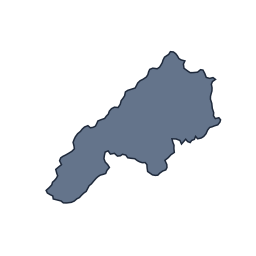 Diogo de Vasconcelos, Minas Gerais, Brazil, rotated 158°
{"feature_id": "56859067B48461497956719", "entity_name": "Diogo de Vasconcelos", "entity_type": "district", "adm_level": 2, "iso_a3": "BRA", "parent_name": "Brazil", "parent_adm1": "Minas Gerais", "projection": "mercator", "projection_center": [-43.177, -20.486], "detail": "fine", "context": "isolated", "style": "filled", "palette": "slate", "viewbox_px": 256, "rotation_deg": 158, "n_neighbors": 0, "source": "geoboundaries", "source_scale": "gbopen_adm2", "svg_char_len": 2233}
<svg xmlns="http://www.w3.org/2000/svg" viewBox="0 0 256 256"><g transform="rotate(158 128 128)"><path d="M165.7,94.2L163.5,96.5L160.0,98.4L160.6,101.7L161.9,105.0L161.8,108.6L160.1,111.5L158.2,114.2L155.0,114.2L154.1,110.4L150.1,109.6L148.3,105.9L145.4,105.1L143.0,105.7L140.2,103.8L139.4,100.5L136.4,98.7L133.2,97.0L131.6,94.3L130.0,92.4L127.8,90.5L125.0,89.5L124.2,87.0L125.3,83.6L126.1,80.3L124.4,77.7L122.9,75.4L120.4,73.8L118.0,73.1L115.6,74.2L112.0,75.1L108.7,75.0L106.7,76.7L105.7,79.6L105.9,84.2L101.8,85.4L98.3,87.1L94.2,88.0L93.1,91.9L91.8,94.8L91.8,97.9L91.3,101.5L87.5,99.8L84.5,97.0L84.4,93.1L81.6,94.5L78.7,96.0L77.8,93.1L75.8,91.2L73.7,92.6L70.7,92.6L68.5,94.9L67.5,91.9L63.8,91.3L61.0,91.8L57.9,93.4L54.9,96.3L52.1,97.9L49.6,97.6L46.9,97.6L43.6,97.3L40.6,99.0L39.1,100.9L39.9,103.5L43.5,104.0L44.2,107.3L42.8,110.1L42.5,114.6L41.1,119.5L40.8,123.8L39.6,126.6L38.1,128.6L36.3,130.9L35.0,133.8L34.3,137.4L32.3,139.4L28.7,140.3L30.3,142.9L33.7,143.4L36.5,145.6L36.4,149.8L36.8,153.6L38.9,154.9L42.6,153.7L46.9,155.0L49.6,156.0L51.4,158.6L53.7,162.4L52.7,166.5L50.1,168.9L53.2,171.2L54.8,173.3L55.2,176.3L55.9,179.0L57.4,181.5L60.1,182.9L62.7,181.0L67.6,180.0L70.1,177.8L71.7,175.8L73.7,174.2L75.9,172.6L78.7,172.0L82.6,174.2L85.9,174.2L87.8,172.4L89.6,170.0L91.9,168.4L95.5,167.6L99.1,167.3L102.1,166.1L104.0,164.4L106.4,162.4L110.4,162.7L114.1,163.0L116.9,162.4L119.1,159.1L121.7,157.3L124.1,155.9L126.3,152.9L129.5,150.7L132.8,152.4L136.1,152.1L139.0,150.6L141.1,148.2L143.7,147.1L146.1,145.6L149.8,145.8L153.3,145.8L155.3,143.8L157.5,141.9L160.1,141.7L162.8,142.3L164.3,145.2L168.0,145.2L170.9,144.1L173.3,142.7L176.8,141.6L180.0,139.6L182.0,137.8L184.3,135.3L184.8,131.6L185.5,128.8L188.8,127.4L192.4,126.8L196.2,126.3L199.1,126.1L201.6,125.5L203.7,123.3L203.4,118.9L206.8,117.9L210.5,116.7L211.0,112.7L211.1,110.0L213.3,108.2L215.8,106.9L218.3,106.0L220.0,103.8L223.2,102.3L227.3,100.8L227.1,97.9L225.2,95.4L223.2,93.2L223.9,90.2L220.6,87.8L217.4,85.4L216.0,82.8L212.6,81.4L208.4,80.3L205.2,80.4L201.9,81.5L199.1,81.7L196.5,83.0L193.5,84.2L190.5,84.9L188.1,87.0L185.6,89.1L182.9,89.9L179.4,91.8L176.2,93.4L173.9,94.2L171.3,94.7L168.1,94.3L165.7,94.2Z" fill="#64748b" stroke="#1e293b" stroke-width="1.5"/></g></svg>